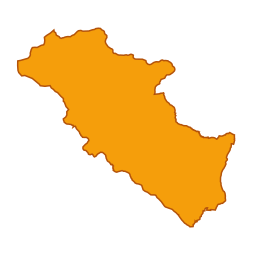 Beriu, Hunedoara, Romania (orthographic projection), rotated 176°
{"feature_id": "2599482B96575439888844", "entity_name": "Beriu", "entity_type": "district", "adm_level": 2, "iso_a3": "ROU", "parent_name": "Romania", "parent_adm1": "Hunedoara", "projection": "orthographic", "projection_center": [23.248, 45.738], "detail": "fine", "context": "isolated", "style": "filled", "palette": "amber", "viewbox_px": 256, "rotation_deg": 176, "n_neighbors": 0, "source": "geoboundaries", "source_scale": "gbopen_adm2", "svg_char_len": 5730}
<svg xmlns="http://www.w3.org/2000/svg" viewBox="0 0 256 256"><g transform="rotate(176 128 128)"><path d="M195.1,230.9L198.8,228.1L202.9,225.9L205.1,224.3L204.9,221.3L205.4,218.6L206.3,216.9L208.8,216.5L212.9,214.7L215.6,215.0L217.8,214.9L219.0,213.1L220.3,209.5L220.3,207.7L221.2,206.0L223.0,204.5L230.6,202.9L233.3,202.6L233.7,197.9L233.7,193.1L233.1,190.9L230.4,187.4L227.2,187.6L220.0,184.1L213.3,177.7L212.6,176.3L207.9,175.4L202.8,175.7L201.7,173.3L199.8,171.8L198.0,169.5L195.8,168.3L192.8,164.4L190.4,161.9L190.6,159.1L189.7,158.3L188.3,153.6L186.9,151.9L186.0,150.5L187.9,148.6L188.1,145.2L189.4,143.2L191.9,141.6L191.7,139.9L191.3,139.0L191.2,138.1L190.0,137.2L189.8,136.9L188.6,136.2L187.4,136.1L184.3,135.4L183.8,134.8L183.1,134.5L182.7,134.6L182.2,134.0L182.7,132.7L181.6,133.4L180.6,133.2L180.3,133.3L179.5,130.9L176.9,127.7L176.4,125.8L175.6,124.5L175.5,123.8L174.5,122.8L174.0,121.9L171.7,121.6L170.2,121.6L168.4,120.2L168.0,118.8L168.0,118.1L168.7,117.5L169.9,115.7L171.6,114.7L174.2,112.3L174.4,111.0L174.1,109.8L173.5,109.0L171.6,108.5L171.0,108.0L170.8,107.5L169.8,106.4L169.4,105.5L169.4,105.0L168.9,104.4L167.6,104.0L165.6,104.5L164.6,103.3L164.4,102.6L163.9,101.8L163.5,101.5L161.8,102.2L160.3,104.0L156.8,105.8L156.1,105.5L155.3,105.5L154.2,104.7L152.3,102.6L152.1,102.0L152.1,101.1L151.9,100.4L151.9,99.6L150.9,96.7L149.9,95.7L149.1,95.3L148.2,93.9L147.6,93.4L147.8,92.9L147.5,92.6L146.6,92.4L146.0,92.6L145.8,91.8L145.2,91.1L145.7,90.7L145.8,89.9L145.7,89.3L145.4,89.0L145.5,88.7L145.8,88.8L145.8,88.3L145.5,87.5L145.2,87.2L145.6,86.7L143.7,85.2L142.2,84.7L141.5,85.0L136.9,85.9L135.5,85.2L133.9,85.0L130.4,83.1L129.4,81.8L129.1,79.9L128.6,78.8L128.5,78.2L128.2,77.5L127.5,76.6L127.6,76.0L125.2,73.5L124.9,72.8L123.4,71.9L121.3,71.4L118.9,70.3L118.3,69.7L117.2,65.3L115.4,63.7L112.9,62.5L109.8,59.7L106.3,59.4L105.1,59.0L104.8,58.6L103.9,56.6L102.4,55.2L99.9,52.2L97.3,47.9L96.6,47.0L96.1,46.6L90.1,44.0L89.4,43.6L88.0,41.9L85.9,40.1L84.2,38.0L83.6,38.0L83.6,37.2L82.5,35.3L80.7,32.4L80.0,31.6L78.2,29.2L76.8,28.2L75.8,27.2L74.8,26.7L73.4,25.6L73.1,25.1L70.0,25.1L69.8,25.6L69.7,27.1L69.3,27.1L68.1,28.6L67.8,29.0L67.6,30.0L67.3,29.3L65.6,29.8L66.1,30.8L62.8,31.8L62.7,32.0L62.3,34.1L61.1,34.7L60.9,36.0L59.3,37.7L59.3,38.2L58.9,39.0L59.0,39.8L58.8,40.1L58.7,40.3L57.7,40.0L57.2,40.0L56.8,41.9L56.3,42.5L55.1,42.9L54.3,42.8L54.9,41.7L55.2,40.6L51.3,40.1L51.3,40.8L50.7,40.8L46.6,40.1L46.4,40.7L46.0,41.2L45.3,42.8L44.7,43.6L43.9,45.0L43.3,45.6L41.6,45.7L40.2,46.3L38.9,46.3L35.8,48.6L35.7,50.4L35.9,50.9L35.6,53.4L35.8,56.2L36.5,57.9L37.3,58.4L38.1,60.2L38.8,62.8L39.2,64.8L39.1,66.6L39.5,68.0L39.2,71.7L39.0,72.9L38.5,74.0L38.0,76.4L37.6,77.5L36.2,80.0L35.3,80.9L34.2,82.7L33.5,83.7L33.3,84.5L32.9,84.9L32.8,85.6L33.1,86.5L32.9,87.3L32.1,88.5L31.2,89.2L31.1,90.2L31.8,91.2L31.8,92.0L30.9,94.2L27.8,98.8L27.2,101.0L26.6,101.5L26.2,103.3L26.0,105.1L25.2,105.0L23.9,104.4L23.7,104.6L22.4,108.6L22.8,109.4L22.4,110.0L22.5,110.8L22.4,113.1L22.3,113.7L24.3,114.6L24.7,115.0L26.0,115.8L26.8,116.4L27.5,116.0L27.8,115.6L28.0,115.7L28.4,115.5L28.7,115.5L29.1,115.7L30.4,115.5L31.3,114.3L31.8,114.4L34.5,113.4L36.1,113.4L36.7,113.7L37.6,113.8L38.2,112.6L38.7,112.2L39.6,111.1L40.3,110.7L42.2,112.1L43.8,112.6L45.6,112.7L48.1,112.1L48.3,112.4L48.5,113.2L49.5,113.3L49.6,112.8L52.0,113.2L53.0,113.1L53.2,113.4L53.3,113.4L53.4,113.8L53.8,113.8L54.0,114.1L54.5,113.8L54.9,114.3L55.2,114.3L55.3,114.6L55.6,114.4L55.8,114.9L56.3,115.1L56.6,115.6L56.5,115.9L56.6,116.4L57.0,117.4L57.3,117.4L57.4,117.9L57.3,118.5L57.6,118.6L57.4,118.9L57.6,118.9L57.8,119.6L58.9,119.7L59.3,120.0L59.9,119.7L61.0,120.7L61.4,120.7L61.7,121.0L62.6,121.3L62.7,121.7L63.2,121.6L63.6,122.0L64.3,122.6L64.3,122.9L64.6,122.9L64.7,123.2L65.4,123.7L65.4,123.9L65.6,124.1L65.8,124.0L66.0,124.4L67.9,124.9L68.2,125.4L69.7,126.2L72.2,126.4L74.8,127.7L75.6,127.7L78.0,129.0L78.6,130.0L79.5,130.6L79.8,131.0L79.6,132.1L79.9,132.6L79.5,133.1L79.5,133.4L80.3,134.9L80.0,135.7L80.1,136.2L80.3,136.2L79.9,136.4L79.4,137.1L79.9,137.7L80.1,138.3L79.5,139.3L79.8,139.4L79.9,139.8L80.4,140.3L80.0,141.1L79.8,142.5L80.3,144.8L80.9,145.8L81.8,146.4L82.9,147.6L84.4,148.2L85.4,149.9L87.4,151.6L89.2,155.1L89.2,155.6L88.6,155.6L89.3,155.8L89.3,156.9L90.1,158.6L89.8,159.8L90.1,160.6L91.6,160.3L92.3,160.4L93.5,160.3L93.7,160.0L94.8,159.9L99.3,159.8L98.7,161.1L98.5,162.4L98.6,164.2L98.3,165.1L98.0,166.7L97.5,167.5L96.0,168.8L95.2,169.3L94.7,169.3L93.4,169.9L93.2,170.2L93.3,171.0L93.2,171.5L92.4,172.6L91.7,174.1L88.1,175.1L87.6,175.5L87.1,176.7L85.6,178.3L84.1,178.2L82.6,178.3L79.6,180.0L77.7,181.7L77.2,182.9L77.3,184.4L77.9,185.6L79.2,186.6L79.7,188.8L80.5,189.9L81.8,191.0L83.0,191.6L83.4,192.2L85.8,192.7L87.7,192.7L88.8,193.4L90.1,193.3L92.1,192.0L92.8,191.8L95.1,192.1L96.1,192.0L97.9,191.5L100.4,190.0L101.8,189.7L102.4,189.8L103.9,190.4L104.8,191.5L105.2,192.2L105.5,194.0L108.8,195.6L115.7,196.2L116.5,196.5L117.7,197.6L117.9,198.1L117.8,199.4L117.6,200.1L117.6,200.3L119.2,201.2L120.5,201.3L121.9,200.7L123.2,200.5L124.1,201.0L125.8,201.1L126.8,200.8L130.8,201.3L131.7,201.3L133.2,201.8L135.3,203.3L137.0,203.5L137.4,203.9L137.8,204.8L137.7,206.9L138.0,207.5L138.8,208.2L139.8,208.5L140.6,209.3L142.1,210.3L144.3,214.0L144.5,215.1L144.6,216.2L143.8,218.3L142.8,219.6L142.7,221.6L143.1,222.2L144.0,222.9L144.7,223.9L144.9,225.8L145.2,226.3L145.9,226.9L147.4,227.8L148.5,229.2L148.9,229.3L150.7,229.6L153.3,229.4L154.4,228.7L156.9,228.4L160.3,227.5L166.0,227.7L166.8,227.9L168.2,228.6L170.5,228.5L171.7,227.9L175.2,224.8L177.1,224.3L179.1,223.1L181.9,223.4L184.4,223.1L186.2,222.5L187.1,222.5L188.3,222.1L189.5,222.6L189.9,223.1L190.3,223.9L193.0,225.6L193.6,228.2L194.9,229.0L195.1,230.9Z" fill="#f59e0b" stroke="#b45309" stroke-width="1.5"/></g></svg>